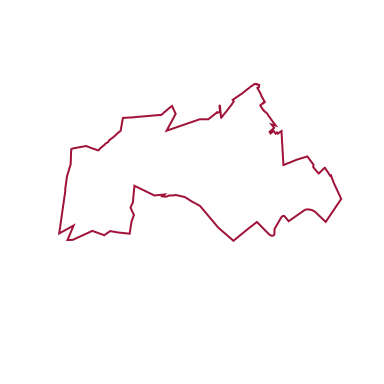 outline of Cuilápam de Guerrero, Oaxaca, Mexico, rotated 315°
{"feature_id": "50627088B62006503401579", "entity_name": "Cuilápam de Guerrero", "entity_type": "district", "adm_level": 2, "iso_a3": "MEX", "parent_name": "Mexico", "parent_adm1": "Oaxaca", "projection": "orthographic", "projection_center": [-96.785, 17.003], "detail": "fine", "context": "isolated", "style": "outline", "palette": "rose", "viewbox_px": 384, "rotation_deg": 315, "n_neighbors": 0, "source": "geoboundaries", "source_scale": "gbopen_adm2", "svg_char_len": 4633}
<svg xmlns="http://www.w3.org/2000/svg" viewBox="0 0 384 384"><g transform="rotate(315 192 192)"><path d="M195.6,90.8L192.1,93.1L191.2,93.8L190.2,94.5L189.9,94.7L188.7,95.6L188.1,95.9L187.2,96.5L186.5,97.1L186.1,97.3L184.8,98.3L184.2,98.2L183.6,98.1L182.8,98.0L182.1,97.9L181.8,97.8L181.4,97.8L180.0,97.8L178.3,97.8L175.1,97.6L172.4,97.2L171.8,97.1L170.0,96.9L168.9,97.1L168.0,97.4L167.6,97.3L165.7,96.7L162.6,96.7L160.9,96.5L160.2,96.4L157.4,96.2L155.5,96.5L154.8,95.8L153.6,93.2L153.1,92.2L151.4,88.6L150.2,85.8L149.6,84.6L145.4,81.7L138.8,77.1L137.1,76.3L135.4,77.7L134.8,78.2L128.3,84.3L127.4,85.1L125.7,86.7L123.7,87.7L120.5,89.4L119.3,90.1L114.7,92.5L107.2,98.2L104.6,100.1L103.1,101.7L68.8,127.4L84.6,132.0L79.9,133.9L70.0,137.9L73.8,141.5L94.0,149.0L99.4,160.5L106.5,161.8L111.0,168.2L118.4,177.4L128.4,170.1L134.7,167.2L137.4,159.6L142.9,157.5L151.2,150.6L155.0,147.5L155.7,146.9L162.9,167.8L166.6,170.9L169.7,173.4L170.8,174.3L168.0,174.1L168.8,175.3L169.2,175.7L171.0,177.4L173.4,178.3L175.4,180.3L176.9,181.6L178.4,182.6L183.4,190.6L184.9,197.4L185.1,198.2L185.4,199.3L186.7,203.5L187.6,206.8L187.8,207.6L187.4,212.3L187.2,214.9L185.4,235.6L185.4,235.9L185.5,237.6L186.4,249.7L186.6,252.8L186.8,255.8L195.8,256.7L197.0,256.8L200.8,257.2L203.0,257.4L205.1,257.7L205.8,257.7L210.3,258.3L216.7,259.1L216.7,264.4L216.6,267.5L216.6,270.3L216.6,273.9L216.6,274.5L216.6,275.1L216.6,275.8L216.6,276.3L216.7,277.2L216.8,277.9L216.9,278.2L217.3,278.9L217.7,279.7L218.5,280.1L219.3,280.4L220.3,280.1L221.2,279.4L222.5,278.2L224.0,276.6L237.3,273.0L238.1,273.2L239.1,273.1L239.8,273.7L240.3,274.2L240.0,277.6L239.7,281.0L258.2,284.3L259.9,284.8L261.9,286.4L264.0,289.5L265.0,292.7L265.4,307.7L292.6,302.4L298.4,286.6L300.6,281.5L302.1,278.4L301.9,278.3L301.7,278.3L301.2,278.3L301.6,276.2L301.7,275.8L302.1,273.8L302.4,272.3L302.6,271.3L302.8,270.2L303.0,269.3L303.1,268.9L302.8,268.8L302.3,268.7L301.5,268.6L296.8,268.6L294.7,268.5L294.7,267.4L294.8,266.2L294.8,265.9L294.9,265.3L294.9,265.0L295.0,263.9L295.0,263.4L295.1,262.3L295.1,261.8L295.2,261.4L295.2,261.1L295.2,260.8L295.3,260.1L295.5,259.9L295.8,259.7L296.4,259.3L297.1,258.8L297.2,258.7L297.3,258.3L297.4,257.7L297.4,257.4L297.5,256.9L297.5,256.7L297.7,255.4L297.7,255.2L297.8,254.7L297.9,254.1L298.0,253.6L298.0,252.9L298.1,252.6L298.1,252.4L298.2,251.8L298.3,251.2L298.4,250.7L298.5,250.0L298.7,248.4L298.1,248.1L297.5,247.8L289.5,243.5L285.5,241.8L284.7,241.4L284.2,241.2L283.9,241.1L283.5,240.9L283.1,240.8L282.6,240.5L282.3,240.4L281.9,240.3L280.6,239.7L279.9,239.4L279.3,239.1L278.0,238.6L275.7,237.6L277.2,235.9L278.5,234.5L279.0,233.8L279.6,233.2L280.4,232.3L280.7,231.9L283.1,229.3L283.7,228.6L284.0,228.3L285.7,226.4L286.8,225.2L288.0,223.8L289.0,222.7L291.0,220.4L291.2,220.2L292.4,218.8L294.2,216.9L295.4,215.5L296.3,214.5L297.0,213.7L297.9,212.8L298.4,212.2L293.9,211.4L294.1,209.9L292.4,209.9L292.9,206.4L289.0,206.2L289.3,204.4L295.4,204.7L296.0,200.5L298.2,204.3L298.7,200.6L299.2,197.1L299.7,194.6L299.8,193.5L299.9,192.5L300.2,191.5L300.3,191.3L300.3,191.2L300.5,190.3L300.6,189.5L300.6,188.2L300.3,186.3L300.2,185.9L300.4,184.0L300.5,184.0L300.4,183.7L301.5,179.1L302.5,179.1L303.4,179.2L303.7,179.2L304.5,179.3L305.4,179.3L305.3,179.7L307.1,179.9L307.2,179.3L307.5,178.6L307.6,178.1L307.8,177.3L308.1,176.2L308.5,175.0L308.7,174.1L308.7,173.9L308.8,173.8L309.0,173.2L309.7,171.6L310.3,170.3L310.3,170.2L311.2,166.8L311.6,165.2L311.7,164.9L311.9,164.6L313.3,165.3L314.1,164.6L314.5,164.2L315.2,163.8L315.1,163.6L314.7,162.8L314.6,162.5L314.0,161.2L313.6,161.5L313.2,160.8L312.8,160.1L312.5,159.8L312.1,159.7L311.1,159.6L310.8,159.6L309.4,159.3L308.5,159.1L308.1,159.0L305.6,158.8L304.0,158.5L303.6,158.5L297.6,157.8L297.1,157.8L295.4,157.4L285.9,155.6L285.6,157.5L282.8,158.0L281.8,158.2L281.4,158.3L278.6,158.6L278.3,158.7L277.9,158.7L277.1,158.8L275.7,159.0L273.1,159.3L272.2,159.4L271.2,159.5L270.2,159.6L268.1,159.8L265.9,160.1L265.3,160.2L265.2,159.9L265.6,159.4L265.8,159.2L268.5,155.9L271.8,151.8L273.2,150.1L272.7,150.3L272.4,150.5L272.2,150.6L272.0,150.8L271.9,151.0L271.7,151.2L271.6,151.3L271.5,151.5L271.4,151.6L271.1,152.0L270.8,152.3L270.7,152.5L270.3,153.0L268.1,155.6L267.4,154.8L266.8,154.0L266.2,153.4L265.7,153.8L265.3,153.3L254.9,152.1L253.1,150.2L251.3,148.4L249.0,146.1L217.4,130.7L235.7,125.2L238.7,117.0L235.6,116.6L230.8,116.2L224.8,115.8L222.1,113.4L215.9,108.2L213.5,106.2L212.2,105.1L210.8,103.9L209.5,102.8L209.4,102.7L208.5,102.0L206.2,100.0L205.5,99.5L203.9,98.1L202.7,97.2L202.1,96.7L201.3,96.0L201.2,95.8L200.8,95.4L200.1,94.8L197.7,92.7L197.1,92.2L195.6,90.8Z" fill="none" stroke="#9f1239" stroke-width="2"/></g></svg>